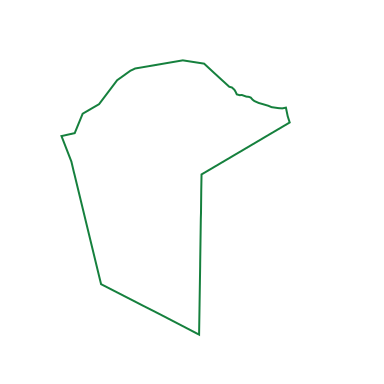 Pajeú do Piauí, Piauí, Brazil, rotated 159°
{"feature_id": "56859067B79713407266693", "entity_name": "Pajeú do Piauí", "entity_type": "district", "adm_level": 2, "iso_a3": "BRA", "parent_name": "Brazil", "parent_adm1": "Piauí", "projection": "orthographic", "projection_center": [-42.901, -7.864], "detail": "fine", "context": "isolated", "style": "outline", "palette": "green", "viewbox_px": 384, "rotation_deg": 159, "n_neighbors": 0, "source": "geoboundaries", "source_scale": "gbopen_adm2", "svg_char_len": 743}
<svg xmlns="http://www.w3.org/2000/svg" viewBox="0 0 384 384"><g transform="rotate(159 192 192)"><path d="M293.8,291.0L293.7,263.6L295.2,252.6L295.4,250.7L303.1,191.3L309.3,143.4L309.9,138.5L278.3,103.2L266.0,89.6L236.5,56.3L211.1,119.5L210.0,122.3L193.3,164.0L191.2,169.0L182.5,190.9L176.8,205.0L138.5,211.4L75.9,221.9L75.5,228.5L74.1,237.1L77.7,237.7L81.0,239.2L87.3,242.7L89.9,245.2L94.6,248.8L97.8,251.2L101.2,254.6L102.4,256.6L103.3,259.1L104.9,260.5L107.1,261.6L110.7,264.7L112.8,265.3L115.2,267.1L115.4,270.1L115.8,272.3L117.3,275.3L119.5,276.9L128.5,294.9L134.7,307.5L153.4,318.2L200.9,327.7L202.8,327.5L206.0,327.3L221.8,323.2L247.3,307.3L266.0,304.3L280.4,289.0L293.8,291.0Z" fill="none" stroke="#15803d" stroke-width="2"/></g></svg>